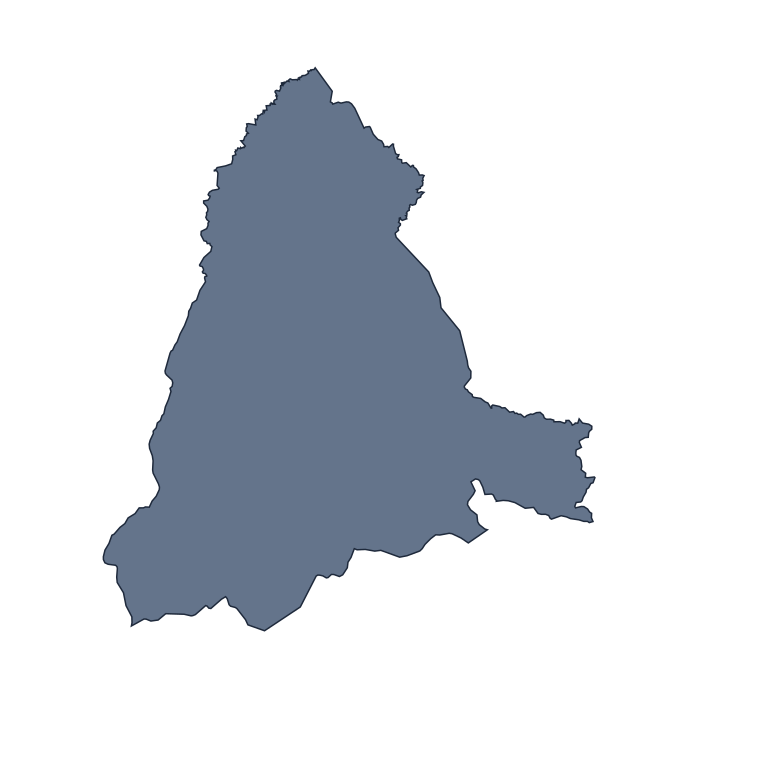 outline of Ile, Zambezia, Mozambique, rotated 13°
{"feature_id": "85939544B3686787806290", "entity_name": "Ile", "entity_type": "district", "adm_level": 2, "iso_a3": "MOZ", "parent_name": "Mozambique", "parent_adm1": "Zambezia", "projection": "albers", "projection_center": [37.321, -15.981], "detail": "fine", "context": "isolated", "style": "filled", "palette": "slate", "viewbox_px": 768, "rotation_deg": 13, "n_neighbors": 0, "source": "geoboundaries", "source_scale": "gbopen_adm2", "svg_char_len": 6161}
<svg xmlns="http://www.w3.org/2000/svg" viewBox="0 0 768 768"><g transform="rotate(13 384 384)"><path d="M245.8,91.4L245.1,93.4L243.0,94.0L242.6,94.9L241.9,94.5L241.0,96.1L239.5,96.2L240.5,98.3L237.8,101.0L234.8,102.0L234.6,103.2L232.7,104.3L233.4,104.4L232.3,105.6L232.9,106.3L231.3,106.4L231.1,107.4L230.5,107.0L226.2,108.2L223.9,107.8L222.5,109.7L223.3,110.6L221.2,110.7L219.1,113.9L218.8,112.5L217.7,113.2L218.0,114.3L217.1,113.4L216.4,113.7L216.8,114.9L218.0,116.0L216.2,116.5L216.2,118.0L216.9,118.7L216.3,122.1L213.1,122.1L212.1,123.1L212.2,124.1L214.1,125.9L213.8,127.5L215.1,127.5L214.7,128.2L215.5,130.5L213.6,131.9L213.0,133.1L213.7,135.1L214.8,135.9L213.7,136.2L212.6,135.6L212.2,136.4L210.8,135.5L210.7,136.6L210.1,136.8L210.4,138.2L206.6,139.4L208.3,143.4L206.4,144.0L206.3,145.6L205.6,144.4L204.8,144.5L205.1,148.1L203.8,148.4L202.3,150.4L200.5,150.8L201.2,152.1L200.9,155.1L198.8,154.9L200.8,160.4L193.4,160.8L191.7,161.5L192.8,163.8L192.2,165.3L192.7,168.6L195.4,170.2L193.8,171.3L194.0,172.9L192.7,174.4L192.4,178.4L189.8,179.2L195.3,183.4L194.4,185.2L193.8,184.8L192.2,186.3L191.1,185.7L191.1,187.0L187.9,186.9L188.6,187.3L187.9,189.8L186.9,189.6L187.2,190.3L186.5,191.2L188.1,193.9L185.2,195.9L186.1,199.3L186.0,203.7L180.6,207.1L172.7,210.7L172.0,212.9L170.6,213.9L170.8,214.5L171.7,213.9L173.6,214.2L174.8,216.1L176.7,228.1L179.4,230.3L178.7,231.5L173.2,233.9L170.8,236.3L170.0,238.9L170.7,239.8L172.3,240.1L172.2,242.1L171.1,244.5L167.1,246.2L167.6,248.3L171.4,250.7L173.1,253.2L173.3,255.6L172.5,257.0L173.2,259.2L172.9,261.7L174.5,263.7L177.0,265.0L176.3,266.9L176.9,269.0L176.3,272.5L171.6,276.4L172.1,279.9L176.4,285.0L178.9,285.0L180.2,287.0L182.6,286.2L183.5,287.8L185.4,288.8L185.4,293.7L180.1,301.2L177.5,309.6L178.1,310.4L180.5,310.5L182.3,312.7L182.5,313.9L181.8,315.6L182.8,316.7L185.1,316.6L186.8,318.1L187.0,318.8L185.4,319.6L185.3,321.0L187.1,324.6L183.6,334.1L182.5,344.4L179.0,348.2L178.5,353.6L177.4,357.0L178.0,361.5L176.5,372.0L174.1,381.0L173.0,389.5L171.5,393.0L170.4,398.7L169.2,399.7L168.6,402.0L167.7,420.6L168.6,422.8L170.2,424.2L176.6,427.9L177.9,430.4L178.1,434.0L176.5,436.3L178.1,439.2L177.5,447.6L176.1,455.5L176.2,462.6L174.8,464.9L174.4,469.7L171.9,473.0L171.9,477.9L169.7,481.9L170.4,484.2L168.8,491.4L168.7,495.4L170.1,499.5L174.4,506.0L176.3,510.8L177.9,519.8L179.1,522.8L186.6,531.9L188.4,534.9L188.8,537.5L187.3,544.6L184.4,550.2L183.0,556.8L179.1,557.5L177.5,558.8L173.3,559.8L170.6,566.3L164.8,572.0L162.9,578.3L159.0,583.1L154.8,591.0L152.9,592.6L151.9,601.2L149.5,608.6L149.4,615.4L150.1,618.2L152.3,621.0L155.7,621.7L163.3,621.0L164.9,622.0L165.7,623.7L167.0,632.3L168.7,637.4L177.1,646.0L182.5,658.0L190.7,667.6L192.2,673.4L192.3,676.6L203.0,667.0L205.1,666.6L210.2,667.4L217.0,664.8L223.0,656.9L241.0,653.3L248.2,653.3L249.8,652.7L252.1,651.1L260.1,640.0L261.6,640.2L263.7,641.8L265.8,641.7L274.0,630.3L277.5,626.9L279.5,628.4L282.7,633.9L284.5,635.0L289.4,635.2L291.2,635.9L302.1,644.8L305.6,649.3L323.1,651.3L352.6,620.1L361.1,586.4L362.4,585.1L364.5,584.7L367.6,584.7L371.4,585.9L373.0,585.2L375.6,581.4L378.0,580.9L383.9,581.6L386.7,579.2L389.6,571.3L389.0,565.8L390.9,560.4L392.1,551.1L395.0,551.6L403.0,549.4L412.6,548.9L418.3,546.8L438.2,549.2L445.0,546.2L456.5,538.6L458.3,535.8L460.0,531.1L464.3,524.2L468.3,519.3L472.3,518.6L481.1,514.8L484.0,514.6L493.6,516.7L501.9,519.9L517.5,502.8L514.8,502.6L508.5,499.6L506.2,497.1L504.0,490.6L496.6,487.1L492.5,482.9L492.2,479.6L495.9,471.4L496.8,467.5L490.7,459.8L494.5,455.9L497.5,455.9L499.2,456.9L503.5,462.3L507.2,468.9L513.6,467.0L515.5,467.6L518.7,471.6L520.0,472.2L519.9,473.0L526.3,470.6L531.4,469.8L538.3,470.1L549.5,473.3L557.6,470.6L563.2,475.5L566.7,475.6L570.7,474.6L574.1,475.1L576.1,477.5L577.6,478.0L586.2,472.5L591.6,472.4L595.9,473.2L604.5,472.5L609.5,472.9L613.2,472.1L615.2,472.9L618.6,471.0L616.2,467.7L615.4,463.3L613.1,462.5L610.5,460.0L606.3,458.5L603.7,459.0L598.5,461.6L597.4,460.3L597.9,456.2L602.2,454.7L603.2,453.2L603.6,449.3L605.2,444.1L605.0,441.0L606.7,439.1L607.9,434.4L609.9,433.2L610.6,427.8L609.8,427.3L603.3,429.6L601.1,429.5L600.6,425.6L595.3,423.2L595.3,419.9L593.1,414.0L591.0,411.6L588.1,411.0L587.1,410.1L586.4,408.0L586.1,405.0L590.6,401.3L587.5,397.1L587.3,395.2L591.9,391.0L595.0,390.0L594.4,385.4L594.9,383.7L596.6,381.4L596.0,378.4L592.5,377.1L586.2,377.4L582.0,374.1L581.6,378.6L579.1,379.0L578.8,380.0L576.7,381.7L575.5,380.1L572.4,377.9L569.5,378.6L569.9,380.0L568.8,381.6L564.0,381.1L558.1,382.6L557.5,381.0L554.1,380.8L550.3,381.8L547.8,381.0L546.2,378.5L542.5,376.5L539.0,377.6L535.8,380.1L533.6,380.3L530.1,382.7L528.8,384.5L527.8,384.7L523.9,382.7L521.7,383.3L519.9,382.5L518.2,383.2L516.4,381.7L512.7,383.2L507.2,379.9L504.3,380.8L501.9,379.9L494.7,380.0L493.9,381.1L494.3,383.3L493.7,383.4L489.4,379.1L486.7,378.7L481.5,376.3L474.5,376.8L473.0,376.3L472.3,374.5L468.1,372.7L466.4,370.9L464.5,370.6L462.9,368.9L462.8,367.8L467.2,358.6L465.8,352.0L462.8,349.3L461.3,346.6L460.0,342.9L445.8,315.1L422.4,296.9L418.9,287.2L408.7,274.3L402.4,264.8L362.9,238.3L361.2,235.2L361.1,234.3L363.6,231.0L362.5,228.6L364.2,225.4L363.9,224.1L361.8,223.2L362.2,221.4L361.6,219.0L362.6,218.4L363.2,219.7L365.0,220.5L369.0,217.9L368.4,217.4L368.4,215.7L367.5,215.1L368.3,214.9L368.1,212.9L367.3,212.5L368.1,210.3L369.5,209.1L368.9,206.9L369.4,205.7L368.8,204.2L369.3,203.2L371.5,203.4L374.1,201.9L374.6,200.1L374.4,197.4L375.1,195.6L377.6,193.7L377.7,191.4L379.8,188.3L377.1,188.3L374.4,190.0L373.3,189.8L373.3,187.6L372.1,187.1L375.4,185.2L375.2,183.8L376.9,181.9L376.6,179.1L375.5,177.6L376.3,176.9L375.5,174.8L376.2,171.9L374.3,171.7L371.4,172.5L370.1,170.3L366.8,167.1L363.9,165.8L363.5,164.5L362.5,164.6L361.3,166.5L355.9,163.3L352.4,164.7L351.5,164.3L350.7,161.6L346.5,161.6L345.7,160.2L346.8,159.2L346.9,157.2L345.6,157.6L343.5,156.9L339.7,150.2L339.3,148.2L338.4,148.2L335.5,152.5L334.2,151.7L330.6,152.8L329.7,150.6L327.1,147.8L323.0,147.1L317.3,143.0L312.8,136.9L311.9,136.4L308.2,137.8L307.0,139.2L293.5,121.9L289.3,118.3L286.3,117.2L283.8,117.6L278.9,120.0L276.0,119.7L271.1,122.8L270.2,121.7L268.3,121.2L267.7,110.4L245.8,91.4Z" fill="#64748b" stroke="#1e293b" stroke-width="1.5"/></g></svg>